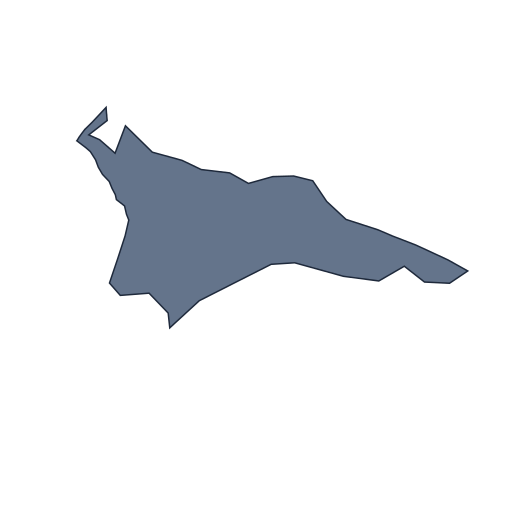 the district of Farmakas, Nicosia, Cyprus, rotated 108°
{"feature_id": "46923920B39374943744030", "entity_name": "Farmakas", "entity_type": "district", "adm_level": 2, "iso_a3": "CYP", "parent_name": "Cyprus", "parent_adm1": "Nicosia", "projection": "mercator", "projection_center": [33.141, 34.929], "detail": "fine", "context": "isolated", "style": "filled", "palette": "slate", "viewbox_px": 512, "rotation_deg": 108, "n_neighbors": 0, "source": "geoboundaries", "source_scale": "gbopen_adm2", "svg_char_len": 1042}
<svg xmlns="http://www.w3.org/2000/svg" viewBox="0 0 512 512"><g transform="rotate(108 256 256)"><path d="M204.8,50.0L200.4,72.2L196.2,107.3L194.8,132.6L193.4,148.0L193.4,181.7L182.3,205.6L166.9,225.3L168.3,244.9L175.3,264.6L189.3,285.6L185.1,306.7L190.7,334.8L187.9,355.9L189.3,386.7L172.5,420.4L201.8,421.8L193.8,440.5L193.7,440.6L193.7,440.9L192.5,452.5L173.3,439.5L173.2,439.4L169.5,441.0L167.9,441.6L166.2,442.4L161.0,444.5L179.1,453.0L179.3,453.1L187.4,457.3L188.7,457.9L188.7,458.0L188.8,458.0L193.1,459.5L197.7,461.0L200.4,461.6L201.7,462.0L201.7,461.9L202.0,461.5L205.6,451.2L207.9,445.8L214.1,438.3L220.3,433.4L225.8,427.2L227.4,424.3L228.7,421.9L230.5,418.6L236.1,413.9L241.2,408.7L245.5,406.2L249.0,396.5L256.3,392.1L259.9,389.1L260.3,388.8L261.1,388.1L277.3,386.7L301.1,386.7L327.0,387.0L335.4,372.9L324.4,346.2L337.4,321.9L351.0,315.8L345.4,312.7L316.0,296.1L289.8,269.8L259.2,239.0L250.5,217.1L248.3,166.6L241.8,131.5L219.9,111.8L228.7,87.7L222.1,63.5L204.8,50.0Z" fill="#64748b" stroke="#1e293b" stroke-width="1.5"/></g></svg>